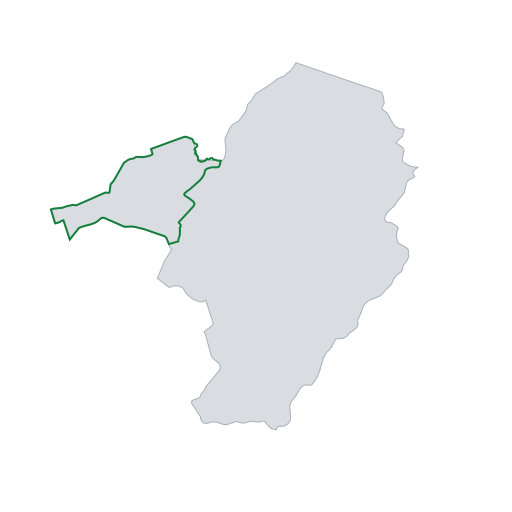 location of Upper Nile within South Sudan, rotated 252°
{"feature_id": "SDS-869", "entity_name": "Upper Nile", "entity_type": "State", "adm_level": 1, "iso_a3": "SSD", "parent_name": "South Sudan", "parent_adm1": "", "projection": "equal_earth", "projection_center": [32.959, 10.08], "detail": "fine", "context": "in_parent", "style": "outline", "palette": "green", "viewbox_px": 512, "rotation_deg": 252, "n_neighbors": 0, "source": "natural_earth", "source_scale": "10m", "svg_char_len": 6428}
<svg xmlns="http://www.w3.org/2000/svg" viewBox="0 0 512 512"><g transform="rotate(252 256 256)"><path d="M387.5,406.8L374.9,423.8L374.0,424.8L372.4,426.2L367.3,426.2L362.1,425.3L357.2,421.0L352.3,424.4L349.2,425.4L347.3,425.8L342.9,426.4L336.7,428.2L333.9,430.5L332.4,432.3L331.2,435.6L330.6,436.0L329.4,435.6L327.8,434.2L324.5,432.3L322.9,428.1L321.4,425.5L320.1,424.2L314.9,428.4L312.3,429.4L310.3,429.3L306.5,426.9L302.3,424.9L300.1,424.9L296.9,427.4L293.2,431.2L291.3,435.0L290.4,437.2L289.1,433.8L287.9,431.6L286.1,430.8L282.6,431.6L281.8,430.4L281.6,427.5L281.1,424.8L280.2,422.8L277.5,420.8L270.5,416.7L265.2,408.6L262.5,404.8L260.5,402.3L257.7,395.9L254.5,391.5L250.7,389.5L248.1,390.5L245.5,395.2L240.5,399.6L238.3,399.8L235.4,397.4L231.7,395.7L225.2,394.9L222.4,397.0L218.9,400.4L215.9,402.5L214.0,402.7L212.3,401.9L210.3,401.4L208.6,401.4L205.1,398.3L203.3,396.0L202.1,393.8L200.1,392.3L197.8,391.1L196.1,389.1L195.3,386.7L194.0,383.5L192.3,380.7L187.0,375.7L185.4,372.7L184.3,369.8L182.1,366.5L179.8,362.2L179.1,356.0L179.0,350.9L178.5,348.5L177.5,346.2L176.4,344.2L174.5,342.0L170.1,338.7L165.7,334.9L163.5,332.8L159.4,332.0L157.0,329.8L154.9,325.1L154.1,321.3L152.0,318.3L151.2,316.2L150.7,313.7L152.4,306.3L150.0,303.6L146.4,300.2L143.9,296.4L142.4,293.0L137.9,288.4L127.9,281.6L122.2,277.2L119.1,273.3L116.4,269.5L116.1,267.9L117.9,264.1L118.2,261.0L116.8,257.5L110.9,251.0L106.2,243.9L102.6,241.6L94.0,239.6L91.5,238.8L88.9,237.5L86.4,234.2L85.5,230.4L86.9,224.3L86.1,222.4L84.6,221.9L85.0,220.7L86.7,217.7L89.4,215.8L96.5,212.8L96.9,211.6L97.1,207.8L97.7,205.9L100.2,200.7L100.6,198.5L100.7,194.1L101.1,191.9L101.8,190.4L103.8,187.8L104.5,186.2L104.8,182.8L104.6,176.0L105.7,173.3L110.2,167.1L111.4,164.4L111.9,161.9L111.8,159.4L112.1,156.9L113.5,154.5L114.6,153.7L117.9,153.0L120.2,153.5L136.0,149.3L137.8,149.8L138.6,152.3L138.5,156.3L138.8,158.3L139.6,159.6L142.1,161.5L143.8,164.7L144.7,165.9L147.3,168.1L158.9,186.3L162.2,188.0L165.4,187.4L171.8,183.6L175.0,182.6L197.3,183.7L199.8,183.1L200.0,183.2L203.3,192.4L204.9,194.5L229.4,194.6L228.9,192.0L229.3,189.1L233.6,183.5L234.2,182.8L238.0,180.1L241.7,178.3L248.8,176.2L251.4,172.9L252.9,169.9L252.9,164.0L253.9,163.0L255.6,161.6L263.8,156.3L265.2,155.2L279.6,167.5L287.8,177.3L288.2,177.8L288.7,178.0L289.1,177.6L289.5,177.2L290.5,176.7L293.9,176.6L300.5,176.1L302.7,175.0L315.9,157.5L319.3,151.9L320.2,150.8L322.1,146.8L324.1,140.0L324.5,139.2L339.0,122.9L339.5,121.6L339.6,120.6L337.5,115.1L337.0,112.3L336.9,108.0L337.3,101.3L337.2,97.1L337.0,96.0L336.9,95.7L328.8,83.7L349.2,83.6L349.2,82.1L349.2,81.6L348.8,80.2L348.6,78.3L348.6,77.2L348.7,76.2L348.7,75.7L348.7,75.2L348.8,74.8L363.4,75.1L363.2,78.4L361.4,86.4L361.5,91.2L361.0,96.7L360.5,98.3L359.8,99.6L359.5,100.3L359.5,100.9L362.6,131.5L362.3,132.8L361.5,134.7L361.3,135.3L361.3,135.8L361.6,136.1L368.4,139.4L368.7,139.6L369.0,139.9L371.4,143.9L384.7,158.4L385.2,159.1L386.5,163.7L386.7,164.4L386.7,165.5L386.7,166.4L386.4,169.1L386.5,170.3L386.7,171.1L386.9,172.1L386.9,172.4L386.8,173.1L384.8,178.3L384.2,182.1L384.0,185.3L384.1,187.1L384.3,188.3L384.5,188.7L384.7,188.9L390.5,189.0L390.4,190.6L391.2,218.4L391.2,221.5L391.0,225.4L390.3,226.9L388.7,229.1L386.7,231.2L381.5,231.7L377.2,231.6L374.1,231.2L369.9,231.0L365.9,231.4L364.5,233.1L359.3,247.9L357.7,251.6L357.3,253.7L357.7,255.0L359.8,256.9L364.3,259.5L369.4,261.0L373.2,261.7L375.8,262.4L377.8,263.2L385.1,269.9L387.5,273.0L388.8,275.8L389.1,278.8L390.1,281.7L396.8,291.0L403.1,295.3L405.5,300.2L407.9,302.6L410.1,305.2L411.3,309.1L414.1,320.2L415.9,326.0L417.8,330.8L418.6,338.6L420.1,342.0L421.6,346.3L424.2,350.1L426.9,353.0L427.4,353.8L400.0,390.1L387.5,406.8Z" fill="#d9dde1" stroke="#a8b0b8" stroke-width="1"/><path d="M391.4,224.6L391.3,225.5L390.9,226.5L390.2,227.4L387.2,231.1L386.6,231.6L386.0,231.8L384.3,231.8L383.2,232.0L382.7,232.2L382.2,232.4L381.9,232.7L380.6,234.2L380.5,234.3L380.1,234.3L378.7,234.1L378.0,232.9L377.4,231.5L376.4,230.4L375.8,230.3L375.3,230.5L374.9,230.9L374.3,231.0L373.8,230.8L373.4,230.2L372.8,229.9L372.2,229.9L372.4,230.2L372.4,230.3L372.1,230.6L370.0,230.9L369.6,230.8L369.4,230.8L369.1,231.0L368.7,231.4L368.4,231.5L365.1,230.5L364.5,230.7L363.6,231.7L363.7,231.9L363.8,232.1L363.5,232.4L363.1,232.5L362.6,232.8L362.5,233.1L362.5,233.4L362.5,234.1L362.4,234.3L362.3,234.6L362.3,234.8L362.6,235.2L362.7,235.3L362.6,235.8L362.3,236.6L362.3,236.9L362.4,237.4L362.6,237.8L362.8,238.1L363.0,238.6L363.3,238.8L363.7,239.0L363.7,239.6L363.4,239.8L363.2,239.9L362.9,240.2L362.6,240.7L362.5,241.0L362.5,241.4L362.5,242.0L362.6,242.3L363.0,242.7L363.1,242.9L363.0,243.7L362.8,244.3L362.4,244.7L361.8,245.0L360.9,245.2L360.8,245.4L360.7,245.8L360.6,246.2L360.4,246.6L358.6,249.0L358.2,249.7L358.1,250.1L358.0,251.0L357.8,251.3L357.7,251.5L357.5,251.9L353.8,249.7L353.1,249.1L352.4,248.2L352.3,247.0L352.5,245.8L353.5,243.1L353.9,241.6L354.1,239.9L354.2,238.2L354.1,236.2L353.6,234.8L352.9,233.9L349.6,231.8L347.0,228.8L345.2,225.9L339.7,213.1L339.2,211.3L338.1,208.4L337.5,207.3L336.9,206.8L336.3,206.8L335.6,207.0L334.8,207.5L331.1,210.6L327.0,213.2L326.0,213.5L324.8,213.6L323.6,212.9L322.5,211.7L312.3,193.5L311.9,193.0L311.8,192.9L311.5,192.9L311.4,193.0L310.0,193.6L308.7,193.9L308.2,193.8L307.6,193.5L307.0,193.2L306.8,192.8L306.5,192.3L305.8,192.1L304.5,191.8L299.6,190.1L295.9,187.4L294.5,186.8L293.9,186.6L294.2,176.9L300.8,176.4L303.0,175.3L309.6,166.5L316.2,157.8L319.6,152.2L320.5,151.1L322.4,147.1L324.4,140.3L324.8,139.5L332.1,131.4L339.3,123.2L339.8,121.9L340.0,120.9L337.8,115.4L337.3,112.6L337.2,108.3L337.6,101.6L337.5,97.4L337.4,96.9L337.3,96.3L337.2,96.0L329.2,84.0L339.3,84.0L349.5,83.9L349.6,82.9L349.5,82.4L349.5,81.9L349.1,80.5L348.9,78.6L348.9,78.0L348.9,77.5L349.0,76.5L349.0,76.0L349.0,75.7L349.0,75.3L349.1,75.1L363.7,75.3L363.5,78.7L361.7,86.7L361.8,91.5L361.3,97.0L361.2,97.4L360.8,98.6L360.5,99.3L360.1,99.9L360.0,100.2L359.8,100.6L359.8,101.2L361.3,116.5L362.9,131.8L362.8,132.5L362.6,133.1L361.8,135.0L361.6,135.6L361.6,136.1L361.9,136.4L368.7,139.7L369.0,139.9L369.3,140.2L371.7,144.1L378.3,151.4L385.0,158.7L385.5,159.4L386.9,164.0L387.0,164.7L387.1,165.8L387.0,166.6L386.7,169.4L386.8,170.6L387.0,171.4L387.2,172.4L387.2,172.7L387.2,172.9L387.1,173.3L385.1,178.6L384.5,182.4L384.3,185.6L384.4,187.4L384.6,188.6L384.7,188.8L384.8,189.0L385.0,189.2L390.2,189.2L390.6,199.6L391.1,211.6L391.5,223.6L391.4,224.6Z" fill="none" stroke="#15803d" stroke-width="2"/></g></svg>